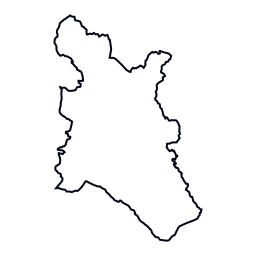 Yen Thuy, Hòa Bình, Vietnam (Natural Earth projection)
{"feature_id": "81297802B65575052729344", "entity_name": "Yen Thuy", "entity_type": "district", "adm_level": 2, "iso_a3": "VNM", "parent_name": "Vietnam", "parent_adm1": "Hòa Bình", "projection": "natural_earth1", "projection_center": [105.632, 20.427], "detail": "fine", "context": "isolated", "style": "outline", "palette": "ink", "viewbox_px": 256, "rotation_deg": 0, "n_neighbors": 0, "source": "geoboundaries", "source_scale": "gbopen_adm2", "svg_char_len": 5690}
<svg xmlns="http://www.w3.org/2000/svg" viewBox="0 0 256 256"><path d="M70.1,15.4L69.3,16.1L67.0,17.6L64.9,19.2L63.9,19.6L63.3,20.4L61.8,21.3L60.9,22.5L59.8,23.2L59.6,24.8L58.8,27.4L57.2,30.0L56.9,31.0L56.9,32.5L57.6,34.8L57.4,36.4L56.6,37.3L55.9,37.7L55.1,38.6L54.9,39.2L54.6,40.7L54.5,43.1L55.7,44.8L56.3,46.1L56.4,46.5L56.5,49.4L57.0,51.2L58.2,53.5L59.6,55.1L60.8,55.8L62.3,55.0L63.4,54.8L65.0,56.1L66.9,56.3L68.0,56.8L70.5,58.2L71.4,58.9L72.0,60.3L72.9,61.6L72.5,61.8L71.7,61.8L71.6,62.4L71.7,62.8L72.8,63.7L75.5,66.8L76.8,67.7L77.1,69.6L78.8,70.4L79.5,71.2L80.5,71.2L80.8,71.4L81.5,72.5L82.5,75.7L82.7,77.5L83.0,78.7L83.0,80.7L82.8,80.9L81.8,80.9L78.5,80.8L78.6,82.2L79.0,83.2L80.4,83.7L80.7,84.0L80.5,86.5L80.1,86.9L77.2,87.1L76.8,87.6L75.8,89.6L75.2,90.2L74.6,90.4L71.1,90.9L68.6,90.8L67.7,90.2L65.5,88.1L64.9,87.7L62.4,87.8L61.2,87.6L60.3,87.2L60.5,87.9L61.8,89.9L61.5,91.8L61.3,94.9L61.6,96.4L61.6,99.6L60.8,102.2L60.7,103.7L60.7,104.9L60.5,106.5L59.6,109.7L59.7,112.4L60.2,113.3L62.0,115.2L64.8,116.9L67.0,118.9L68.6,119.1L69.5,119.9L72.1,121.6L71.3,125.8L70.4,129.2L70.0,130.3L69.2,131.0L68.3,131.4L66.3,131.7L66.0,132.0L65.9,132.5L66.1,133.4L67.5,133.6L67.8,134.0L68.1,135.8L68.3,136.3L68.9,136.6L70.0,136.6L70.4,137.0L70.1,138.3L69.7,138.7L68.8,139.2L67.6,139.4L67.3,139.6L67.0,140.0L65.9,144.0L65.4,145.1L64.5,146.1L63.9,146.4L62.6,146.4L62.1,147.0L61.7,147.3L60.1,147.3L58.3,148.5L57.7,149.2L57.9,149.8L62.5,150.4L63.2,150.8L63.6,151.2L64.4,151.8L64.6,152.3L63.5,152.9L62.8,154.1L60.5,153.5L59.7,153.6L59.1,153.1L58.8,153.1L58.8,154.6L59.9,157.7L60.1,158.8L60.2,160.8L60.0,162.3L59.8,163.2L59.4,164.0L55.9,166.3L55.3,167.4L55.3,168.8L55.6,170.1L56.9,171.0L57.7,172.4L58.2,172.9L58.7,173.2L59.3,173.3L60.1,173.7L60.9,174.3L61.0,174.7L60.7,176.5L62.3,177.9L62.5,178.8L62.3,180.5L61.9,181.2L56.1,188.2L58.5,188.0L61.5,189.2L65.0,189.7L66.6,191.4L67.0,191.6L69.4,191.5L71.8,192.1L75.2,190.7L77.6,190.9L79.0,189.9L82.2,186.4L85.4,181.6L86.0,181.2L86.5,181.3L90.0,183.2L95.1,185.5L98.6,186.6L100.0,186.4L101.8,188.0L105.4,189.7L106.0,191.4L106.8,192.5L108.7,193.9L111.0,196.6L113.5,198.7L113.9,199.6L114.9,200.3L118.3,201.8L118.7,201.8L119.1,201.6L120.1,200.5L120.6,200.5L122.9,202.7L128.3,205.6L129.4,206.9L131.1,209.4L131.7,209.8L132.1,210.0L133.8,210.2L134.5,211.8L135.2,212.6L135.2,213.1L134.9,214.0L135.6,214.7L137.3,215.7L138.5,217.7L139.1,219.2L140.4,220.8L141.6,221.9L143.9,223.3L144.8,224.3L147.6,226.4L149.9,229.0L151.2,230.1L152.0,232.8L154.4,235.7L155.5,236.9L156.1,237.2L157.5,237.2L157.9,237.3L158.5,237.7L159.5,239.4L160.1,239.8L165.9,240.6L167.8,240.6L169.0,240.2L170.3,238.7L171.8,236.6L173.2,235.7L174.3,235.2L175.1,234.5L176.1,232.0L178.2,227.9L179.3,226.4L186.0,223.3L192.9,220.7L196.3,219.2L197.6,218.3L198.3,216.6L199.2,215.7L199.7,215.0L199.8,212.9L200.1,212.7L200.9,212.4L201.2,210.5L201.5,209.5L200.1,209.1L198.8,207.6L197.9,207.3L197.2,206.7L196.4,204.5L195.5,203.3L194.3,202.3L193.2,200.9L192.4,197.2L192.1,197.0L190.9,196.8L189.9,195.7L189.4,192.8L188.9,191.8L188.7,191.6L187.8,191.3L187.2,190.3L186.0,189.9L185.9,189.2L187.5,186.9L188.0,185.6L188.0,184.8L187.8,184.0L187.4,183.7L186.5,184.0L185.9,183.6L184.0,180.9L182.4,177.7L181.7,177.1L181.5,175.1L181.3,174.4L181.8,173.4L181.7,173.0L180.0,171.9L178.7,170.9L178.4,168.9L177.9,168.1L176.0,167.7L175.6,166.7L174.7,166.5L174.6,166.3L174.5,165.0L173.9,164.6L173.9,164.1L175.2,164.1L175.7,163.8L175.9,163.3L175.3,162.7L174.7,162.0L172.9,161.1L172.3,160.3L172.3,159.5L172.7,159.0L173.1,158.9L175.1,159.7L175.4,159.3L175.7,157.5L176.1,157.1L176.9,156.9L177.2,156.6L177.3,155.7L176.9,155.4L176.3,155.6L176.1,155.5L174.1,150.7L173.9,150.7L173.4,151.2L172.9,151.2L172.3,149.9L172.0,149.8L170.7,150.8L169.8,151.2L168.8,150.3L166.8,147.6L166.7,146.8L167.1,144.7L167.1,143.7L167.8,143.6L169.7,143.6L172.4,142.4L176.5,142.4L179.7,138.1L178.8,136.9L178.7,135.9L178.8,135.1L180.0,133.9L179.9,132.9L179.2,131.8L179.4,130.5L179.4,128.7L179.6,126.3L178.8,125.1L178.7,124.1L177.8,122.5L176.6,120.8L175.9,120.3L171.4,120.2L169.9,120.7L169.3,120.6L168.9,120.4L167.1,117.6L166.7,117.3L166.3,117.4L165.5,118.6L165.4,118.6L164.6,116.9L163.4,115.3L162.4,111.0L162.1,110.4L161.9,109.1L160.8,108.3L160.4,107.8L160.1,106.8L159.7,104.2L159.1,103.7L158.0,103.4L157.6,102.3L157.0,101.2L156.6,100.7L155.4,99.9L155.2,99.3L155.3,98.0L156.2,96.6L156.5,95.4L156.4,93.9L155.8,91.7L156.7,90.0L157.0,88.6L156.7,85.0L157.3,83.9L159.2,82.4L162.9,80.2L163.0,79.8L162.8,77.3L163.2,76.9L165.0,76.2L164.9,75.6L163.9,74.0L162.8,73.2L161.2,72.5L161.1,72.3L161.0,71.6L161.7,69.2L161.7,66.5L162.7,65.2L164.3,64.6L165.1,63.9L165.9,62.0L167.8,61.7L168.3,61.2L168.9,59.7L170.2,59.2L171.2,55.8L170.1,54.9L169.2,53.9L168.7,53.6L167.1,53.1L163.6,52.3L160.2,51.0L159.5,51.1L159.4,51.2L159.9,52.7L159.9,53.4L159.6,53.7L158.8,53.9L158.0,53.7L157.0,52.6L155.7,51.8L155.2,51.9L154.3,52.4L153.7,52.6L152.9,52.5L152.4,51.9L151.4,52.5L150.2,53.7L148.6,55.0L146.7,60.0L146.0,60.2L145.6,60.6L145.3,63.5L145.5,64.2L145.4,65.0L143.7,67.8L142.7,66.8L141.5,65.9L140.1,65.6L139.4,66.4L137.3,67.5L136.5,68.2L135.6,68.0L134.5,68.5L133.1,67.8L132.8,67.8L131.1,70.0L130.8,70.8L130.6,71.9L129.3,71.7L126.4,69.9L121.2,64.2L120.0,63.2L119.1,62.0L117.8,61.1L116.3,59.4L113.6,57.9L109.7,57.9L111.2,48.9L109.8,39.8L109.1,39.6L108.6,38.5L108.0,36.2L107.4,34.9L106.9,34.9L105.4,35.7L104.9,35.7L103.4,34.7L102.6,34.5L101.9,34.8L99.4,36.6L99.0,36.5L97.9,34.2L97.7,34.0L95.7,34.4L93.8,32.9L92.1,34.2L90.3,33.6L87.3,34.5L87.0,34.4L86.8,34.3L86.6,33.3L86.5,31.3L86.6,29.7L84.8,28.3L83.7,27.0L83.0,26.6L82.3,26.5L82.0,26.3L81.5,25.0L81.3,24.1L80.2,21.8L79.8,21.5L78.3,20.9L75.3,20.3L75.0,19.8L74.5,16.8L72.0,16.6L71.0,16.1L70.1,15.4Z" fill="none" stroke="#020617" stroke-width="2"/></svg>